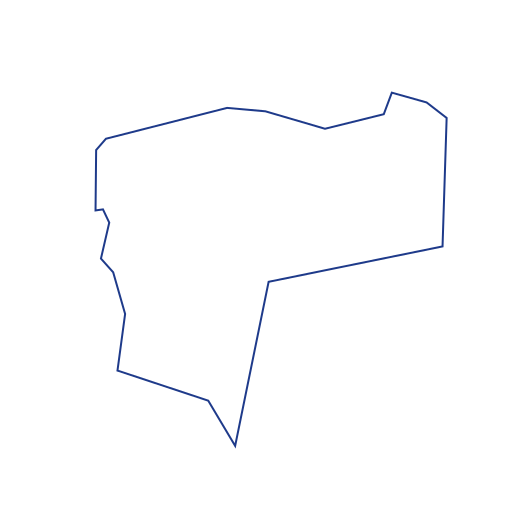 outline of Mayom, Unity, South Sudan, rotated 283°
{"feature_id": "79223893B58930219701541", "entity_name": "Mayom", "entity_type": "district", "adm_level": 2, "iso_a3": "SSD", "parent_name": "South Sudan", "parent_adm1": "Unity", "projection": "robinson", "projection_center": [29.225, 9.075], "detail": "fine", "context": "isolated", "style": "outline", "palette": "blue", "viewbox_px": 512, "rotation_deg": 283, "n_neighbors": 0, "source": "geoboundaries", "source_scale": "gbopen_adm2", "svg_char_len": 425}
<svg xmlns="http://www.w3.org/2000/svg" viewBox="0 0 512 512"><g transform="rotate(283 256 256)"><path d="M445.7,351.6L422.9,348.6L395.5,294.6L399.1,232.6L393.8,194.5L336.5,83.4L323.3,76.4L264.3,89.4L267.0,96.4L255.5,105.5L218.6,105.5L208.0,120.5L170.1,141.5L113.2,146.8L104.3,242.0L66.3,278.4L233.7,274.1L262.2,336.6L307.3,435.6L433.4,410.7L444.0,387.7L445.7,351.6Z" fill="none" stroke="#1e3a8a" stroke-width="2"/></g></svg>